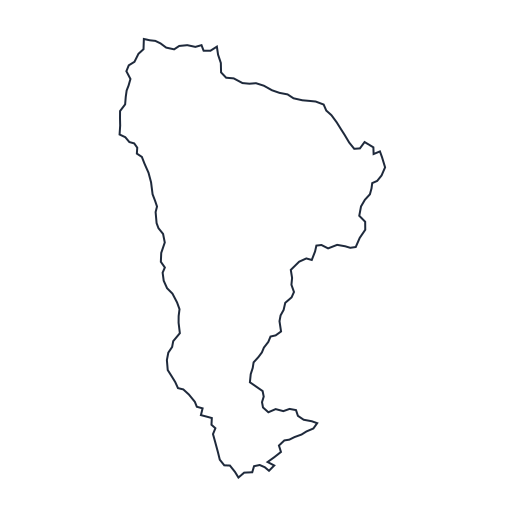 the district of Jarinu, São Paulo, Brazil, rotated 178°
{"feature_id": "56859067B61346440188878", "entity_name": "Jarinu", "entity_type": "district", "adm_level": 2, "iso_a3": "BRA", "parent_name": "Brazil", "parent_adm1": "São Paulo", "projection": "albers", "projection_center": [-46.723, -23.095], "detail": "fine", "context": "isolated", "style": "outline", "palette": "slate", "viewbox_px": 512, "rotation_deg": 178, "n_neighbors": 0, "source": "geoboundaries", "source_scale": "gbopen_adm2", "svg_char_len": 2362}
<svg xmlns="http://www.w3.org/2000/svg" viewBox="0 0 512 512"><g transform="rotate(178 256 256)"><path d="M316.6,98.9L310.6,97.1L305.8,95.6L306.4,88.9L302.6,85.3L305.2,79.5L303.3,71.6L300.9,61.3L299.3,53.7L295.0,47.9L289.4,47.5L284.5,40.9L281.3,35.2L275.4,39.9L267.3,40.0L265.3,46.0L259.6,47.0L254.6,44.6L250.5,40.9L245.1,46.0L251.6,49.7L244.6,54.4L237.9,59.3L239.7,65.8L234.1,70.7L229.1,71.3L223.8,73.7L216.7,76.0L211.7,78.9L204.7,81.6L200.7,86.8L206.0,88.9L214.1,90.7L219.7,94.8L221.4,100.6L227.8,102.0L234.1,100.0L241.7,102.3L249.1,99.4L254.3,104.4L255.1,109.7L253.2,115.2L254.1,120.8L266.5,130.0L265.4,138.1L263.2,144.2L262.1,149.8L257.2,154.8L253.5,159.4L251.3,164.2L246.7,169.7L244.3,175.0L239.1,176.0L233.6,179.7L234.8,190.0L233.5,195.8L230.3,201.1L228.4,208.2L221.9,213.4L219.3,218.7L221.6,226.0L220.7,232.8L221.7,240.9L213.1,248.8L205.8,251.8L200.4,250.1L196.8,258.5L195.3,264.3L190.2,264.7L183.7,261.1L174.5,264.3L166.5,262.6L161.5,260.9L156.0,261.5L151.7,270.5L145.9,278.4L145.7,286.4L151.4,292.6L149.3,301.9L145.2,308.4L140.0,313.7L138.2,319.5L137.3,324.8L132.3,326.8L127.7,332.1L123.9,340.1L126.6,350.3L128.5,356.2L134.9,353.8L134.9,360.5L143.5,366.1L148.4,359.9L154.1,359.7L158.9,366.1L163.3,374.1L166.5,379.5L170.7,386.8L175.7,394.1L180.7,398.9L183.1,405.0L191.0,408.3L196.9,409.1L204.2,410.0L213.0,412.3L218.8,416.4L226.8,418.2L234.3,421.1L242.2,425.9L250.0,428.7L256.5,428.4L263.5,429.3L272.1,434.3L279.6,435.2L284.5,440.7L284.4,450.1L286.9,458.6L287.8,466.6L294.4,462.7L301.2,463.0L303.1,468.6L309.3,467.1L317.3,469.1L325.4,468.6L330.6,465.4L338.5,467.4L344.0,471.8L349.1,474.5L354.7,475.3L360.5,476.8L361.2,466.6L366.4,462.2L370.7,454.3L376.5,451.0L379.1,445.2L375.3,437.3L377.4,430.8L379.5,425.9L380.6,419.7L381.5,412.1L386.8,405.6L387.1,398.6L387.2,391.0L388.1,382.2L382.5,379.3L378.6,374.3L373.8,372.8L370.9,368.4L371.5,362.5L366.6,359.0L364.3,352.4L360.5,342.9L358.3,333.3L357.2,321.3L354.9,314.6L353.2,308.9L354.8,303.4L354.2,292.3L352.5,287.2L348.1,281.3L346.7,272.7L350.6,262.4L351.3,253.5L347.5,247.7L349.9,242.6L349.1,234.5L346.0,226.9L340.8,221.3L336.5,212.3L334.3,205.5L335.4,198.7L335.7,192.0L334.8,181.5L341.7,173.8L343.0,168.0L347.0,162.5L348.7,155.1L348.2,145.1L344.8,139.3L341.1,132.8L338.6,126.7L333.3,125.2L327.9,119.9L322.2,112.4L320.4,107.4L314.7,105.6L316.6,98.9Z" fill="none" stroke="#1e293b" stroke-width="2"/></g></svg>